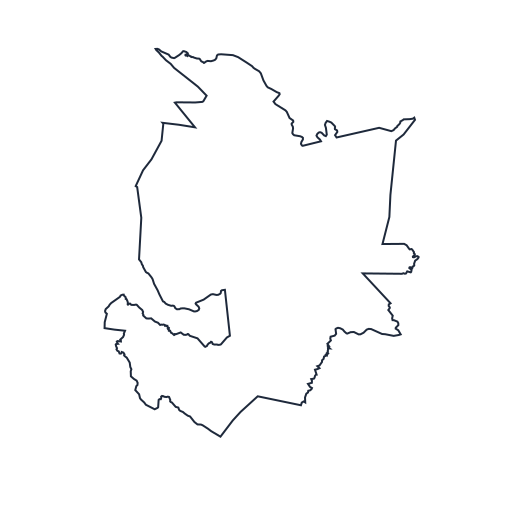 Cuautepec, Guerrero, Mexico, rotated 109°
{"feature_id": "50627088B24932390354910", "entity_name": "Cuautepec", "entity_type": "district", "adm_level": 2, "iso_a3": "MEX", "parent_name": "Mexico", "parent_adm1": "Guerrero", "projection": "equal_earth", "projection_center": [-98.954, 16.72], "detail": "fine", "context": "isolated", "style": "outline", "palette": "slate", "viewbox_px": 512, "rotation_deg": 109, "n_neighbors": 0, "source": "geoboundaries", "source_scale": "gbopen_adm2", "svg_char_len": 6076}
<svg xmlns="http://www.w3.org/2000/svg" viewBox="0 0 512 512"><g transform="rotate(109 256 256)"><path d="M75.5,150.0L73.7,151.4L75.1,152.4L76.6,155.3L78.7,160.8L79.8,161.5L81.8,163.3L83.0,163.0L84.7,163.4L87.1,164.7L87.9,164.6L90.1,166.1L92.2,166.9L93.9,168.7L94.7,181.3L117.7,218.4L116.0,220.6L112.2,219.5L110.9,220.2L110.4,222.6L109.4,223.1L108.2,223.2L107.5,223.8L105.3,228.2L105.1,230.5L105.2,232.8L107.4,233.5L109.6,233.5L112.1,231.6L118.2,228.6L119.9,229.0L119.8,230.8L118.1,234.1L118.1,235.8L118.9,236.9L120.6,237.8L122.5,238.0L123.8,236.5L125.1,233.4L126.4,231.9L136.6,247.7L136.5,248.6L135.3,250.0L133.3,250.2L130.6,249.6L129.0,250.1L128.5,251.3L128.4,253.2L129.4,259.2L128.8,260.7L127.9,261.7L123.3,262.5L121.7,263.3L120.2,265.0L119.2,265.4L117.0,264.4L115.8,265.0L114.6,269.2L109.7,273.8L108.7,275.6L106.1,287.0L104.3,289.7L96.9,286.7L95.3,286.3L94.4,286.9L94.3,289.8L93.1,295.9L92.7,299.8L91.7,301.5L87.6,306.1L81.7,310.9L80.3,313.2L79.4,317.9L78.9,319.6L77.8,321.5L76.3,327.2L73.8,337.6L73.6,343.2L76.6,354.6L77.8,357.4L79.1,358.2L82.0,357.9L83.7,358.5L84.9,359.7L86.5,362.0L87.3,365.3L88.3,366.5L90.3,367.9L90.4,368.3L90.0,368.7L89.8,370.7L89.5,371.5L88.1,373.2L87.9,374.1L88.5,376.1L88.6,379.2L88.4,380.5L88.8,381.3L88.9,382.1L88.5,382.5L88.5,383.3L88.1,385.3L88.2,385.7L89.2,385.9L89.0,386.7L89.4,387.7L89.3,388.0L88.6,388.2L87.7,386.7L87.2,386.3L86.6,386.4L85.8,388.3L85.8,390.9L86.1,391.6L88.6,392.6L90.9,394.0L95.0,397.2L95.6,397.9L95.9,400.5L95.6,401.8L94.0,404.2L93.4,412.2L92.3,414.9L92.2,416.6L92.9,418.3L93.7,417.4L95.2,414.1L97.6,410.3L97.9,409.3L100.2,404.9L102.1,399.2L104.8,394.7L114.8,366.1L120.5,354.9L126.9,356.2L127.8,357.0L130.6,363.4L136.6,381.3L137.4,382.6L154.2,355.6L157.0,371.6L160.5,387.7L161.1,386.7L177.8,382.8L198.6,386.3L211.7,390.7L229.1,392.5L229.5,390.8L257.2,376.9L297.3,365.5L299.2,362.5L301.0,361.2L302.1,359.7L303.2,359.1L307.0,354.9L307.4,353.5L307.5,352.1L310.3,347.7L311.6,346.2L315.5,343.3L320.5,337.8L323.7,334.9L329.2,329.2L329.3,327.8L330.4,325.9L330.8,323.4L330.7,320.0L330.0,318.5L329.9,317.4L330.3,316.6L331.6,315.3L332.1,313.4L331.2,311.1L330.2,310.2L329.6,308.9L328.8,306.7L328.2,302.0L328.6,296.7L328.3,295.6L327.3,293.9L325.6,292.6L324.0,292.6L322.6,293.8L321.3,296.8L320.7,297.6L319.7,297.5L314.3,291.3L307.1,286.1L306.1,284.3L305.7,280.7L305.0,279.1L303.4,277.6L302.5,277.3L300.4,277.7L299.5,277.1L298.1,274.4L339.9,254.7L342.5,257.0L351.0,260.4L351.7,261.3L352.4,262.9L352.4,264.1L353.3,266.6L353.3,268.3L351.9,269.5L351.7,270.2L351.8,270.7L352.9,271.0L353.7,272.0L355.5,272.9L357.0,273.1L358.4,274.4L358.3,275.1L352.9,284.5L353.0,292.6L351.9,294.5L352.0,295.2L352.8,295.7L353.5,296.9L354.0,298.7L352.8,302.3L355.9,306.1L356.2,307.3L357.0,307.3L357.4,307.7L356.4,310.0L356.2,311.4L354.8,312.7L355.0,313.8L354.4,313.8L354.3,314.6L353.7,315.4L353.3,314.8L352.4,314.9L352.2,316.1L350.9,317.0L351.5,317.9L351.0,318.6L351.6,319.3L350.9,319.9L350.9,321.1L351.4,321.9L351.7,323.2L352.4,324.2L351.0,327.0L350.9,330.2L349.1,334.8L350.2,337.4L350.7,339.4L349.0,343.3L348.0,343.5L347.2,344.5L345.7,344.5L344.1,346.0L342.7,349.7L341.0,352.8L341.0,353.6L342.0,355.4L342.8,358.0L342.0,359.6L342.4,360.4L343.7,361.2L343.6,361.5L341.6,362.1L340.6,362.8L339.1,364.2L339.0,365.1L338.4,365.1L338.0,365.7L337.3,366.0L336.4,368.0L335.6,368.5L336.1,369.7L337.4,371.1L339.0,371.4L347.6,377.6L349.6,378.5L351.6,378.9L355.1,380.8L357.2,380.8L358.4,380.0L359.2,378.2L367.8,377.5L373.5,375.7L371.7,365.9L369.3,355.5L372.4,355.7L373.4,355.1L375.9,355.3L379.2,357.1L379.7,356.4L380.8,355.9L381.5,359.2L382.1,359.7L382.7,359.0L383.6,358.8L384.0,358.0L384.3,358.6L384.4,359.4L385.4,359.8L387.0,358.8L388.4,357.4L389.7,357.5L390.7,356.3L390.9,354.7L392.6,353.3L392.3,352.0L391.1,351.4L390.5,351.6L390.5,349.9L391.8,348.3L392.7,348.5L393.3,347.8L394.2,345.1L397.9,340.7L401.9,338.7L403.6,337.0L405.8,336.9L410.5,335.1L412.0,331.4L412.7,328.3L414.5,326.6L416.6,326.1L418.0,326.8L422.1,326.5L424.8,321.5L428.2,319.4L429.1,318.1L430.9,314.0L432.5,311.7L433.9,301.9L431.6,299.6L430.8,299.3L423.8,301.2L422.8,300.7L422.4,299.4L420.8,299.4L419.9,299.9L418.9,299.3L418.7,297.7L419.0,297.0L418.5,294.7L417.7,293.6L417.6,292.3L420.0,290.2L421.3,289.9L421.8,289.2L421.9,287.8L424.8,282.8L424.6,280.1L426.5,278.6L427.1,277.2L427.3,274.2L428.1,272.3L429.2,268.5L429.2,266.1L433.0,260.2L434.3,256.5L433.3,253.2L433.4,251.4L435.0,245.0L436.2,241.4L438.4,230.8L419.0,224.4L408.4,219.8L388.1,208.7L382.5,164.9L379.7,165.0L378.0,163.6L378.4,161.8L373.8,163.6L369.8,163.6L368.1,162.4L366.4,162.7L365.5,161.2L363.9,160.2L362.6,160.1L362.2,162.3L360.0,165.2L357.7,161.9L355.7,162.5L354.4,163.7L353.1,161.3L352.0,161.0L350.2,161.2L348.4,160.6L348.3,160.2L344.3,163.2L342.8,160.9L341.4,159.5L340.2,162.1L338.8,160.3L334.7,159.1L333.1,159.6L331.3,158.6L328.9,158.9L327.7,157.6L327.0,158.0L326.2,157.2L326.6,156.6L325.6,156.6L324.9,156.2L324.7,157.4L323.3,156.7L322.6,157.3L321.4,157.3L319.9,157.9L319.4,156.2L318.8,157.8L318.1,157.4L317.9,158.8L317.4,159.0L316.9,158.4L315.8,159.9L311.5,157.7L309.9,158.9L308.0,159.2L305.7,155.7L303.5,154.9L299.3,157.0L298.4,156.5L297.2,155.1L296.9,152.9L297.3,150.0L298.7,147.7L299.7,145.2L299.6,144.4L297.2,141.7L296.0,138.7L296.7,133.4L296.0,131.7L293.5,129.3L289.6,127.4L288.2,125.7L287.6,123.3L288.7,111.4L287.9,108.4L286.7,99.8L284.2,95.3L283.0,93.7L279.9,97.3L279.2,100.3L278.3,100.5L275.0,98.9L273.2,99.6L272.0,100.9L271.8,104.6L272.2,106.0L270.6,107.0L267.9,107.3L264.0,113.3L261.7,112.6L261.0,112.8L260.0,114.3L258.5,114.7L256.9,113.4L237.7,149.4L225.3,112.2L224.3,111.0L224.3,109.5L223.7,108.5L221.3,108.0L221.1,104.4L220.5,104.1L218.4,104.4L217.5,107.1L216.9,107.2L216.5,106.9L216.3,106.1L216.4,104.3L214.9,104.4L214.4,103.7L213.4,103.3L211.8,104.0L208.6,104.0L206.4,102.4L204.5,101.8L203.9,102.0L203.6,103.3L204.2,104.7L205.6,105.9L206.0,106.9L206.0,107.2L205.4,107.5L203.8,106.6L202.6,106.4L201.9,107.7L200.9,107.9L199.0,110.5L198.8,111.3L199.7,112.8L199.3,113.6L196.8,117.1L196.3,119.9L203.5,140.3L175.7,142.6L154.5,148.8L101.3,161.2L93.1,156.0L75.5,150.0Z" fill="none" stroke="#1e293b" stroke-width="2"/></g></svg>